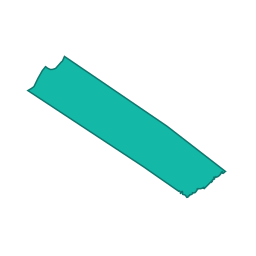 outline of Ngchesar, Ngchesar, Palau, rotated 25°
{"feature_id": "81905179B12873332240665", "entity_name": "Ngchesar", "entity_type": "district", "adm_level": 2, "iso_a3": "PLW", "parent_name": "Palau", "parent_adm1": "Ngchesar", "projection": "robinson", "projection_center": [134.605, 7.473], "detail": "fine", "context": "isolated", "style": "filled", "palette": "teal", "viewbox_px": 256, "rotation_deg": 25, "n_neighbors": 0, "source": "geoboundaries", "source_scale": "gbopen_adm2", "svg_char_len": 2045}
<svg xmlns="http://www.w3.org/2000/svg" viewBox="0 0 256 256"><g transform="rotate(25 128 128)"><path d="M27.3,107.4L26.1,112.2L25.4,121.4L25.3,130.2L23.8,132.9L21.4,136.4L158.6,156.6L200.6,163.9L200.9,163.4L201.3,163.3L202.3,163.8L202.6,164.2L202.9,164.7L203.2,165.0L203.5,164.7L203.5,164.4L203.5,163.0L203.9,162.6L204.5,162.9L204.8,163.4L205.0,164.1L205.4,164.7L205.6,165.0L206.2,165.0L207.0,164.7L207.8,164.6L208.7,164.9L209.3,165.2L210.2,165.8L210.7,166.0L211.5,165.4L211.4,164.4L211.5,164.4L212.0,163.9L212.1,163.4L212.0,163.2L212.2,162.6L212.4,162.7L212.6,162.2L213.0,162.0L213.1,161.8L213.1,161.6L213.5,161.5L213.7,161.3L214.0,160.8L214.2,159.9L214.2,159.6L214.0,159.4L214.4,159.3L214.8,159.2L215.1,158.8L215.5,158.7L215.7,158.3L216.0,158.3L216.1,158.0L216.2,157.8L216.2,157.6L216.4,157.3L216.6,156.6L216.5,156.3L216.7,156.0L216.8,155.4L216.8,155.2L216.7,154.6L216.7,154.4L216.5,154.2L216.9,153.9L217.0,153.6L217.1,153.3L217.6,153.4L217.9,153.0L218.4,152.8L218.7,152.7L218.8,152.6L219.3,152.4L219.6,152.3L220.5,151.3L220.8,151.2L221.1,150.5L221.4,150.5L221.7,149.8L222.2,149.8L222.5,149.7L222.5,150.0L222.3,150.4L222.2,150.4L222.2,150.7L222.7,150.7L225.9,141.8L226.4,142.0L226.9,140.9L226.3,140.6L227.0,138.3L227.5,138.4L227.9,137.5L227.5,137.1L227.6,136.7L227.1,136.5L226.8,136.5L226.8,136.2L227.0,136.2L227.5,136.3L227.8,135.7L227.9,135.9L228.2,135.6L228.7,135.2L228.8,135.0L229.1,135.0L229.2,134.7L229.4,134.7L230.2,133.8L230.3,133.4L230.9,132.4L231.0,132.0L231.1,131.6L231.2,131.3L231.3,131.1L231.2,130.7L231.4,130.5L231.4,130.2L231.5,129.8L231.6,129.4L231.4,129.1L231.3,128.8L231.5,128.6L231.6,128.3L231.8,128.4L232.0,128.5L232.1,128.3L232.2,128.6L232.3,128.8L232.5,128.9L232.7,129.0L232.9,129.0L233.1,128.8L233.3,128.8L233.3,128.6L233.7,128.3L233.7,128.0L233.8,127.9L234.0,127.7L234.2,127.1L234.3,126.9L234.2,126.7L234.6,126.2L162.5,109.9L40.2,90.0L40.3,95.0L39.6,96.6L37.4,104.0L37.4,104.3L36.4,105.4L34.7,106.9L32.9,107.8L31.3,107.8L29.7,107.8L27.4,107.2L27.3,107.4Z" fill="#14b8a6" stroke="#0f766e" stroke-width="1.5"/></g></svg>